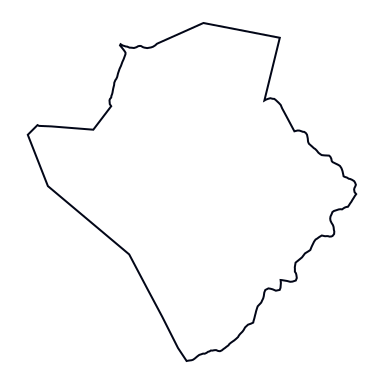 outline of San Juan Bautista Tlacoatzintepec, Oaxaca, Mexico
{"feature_id": "50627088B3977651749466", "entity_name": "San Juan Bautista Tlacoatzintepec", "entity_type": "district", "adm_level": 2, "iso_a3": "MEX", "parent_name": "Mexico", "parent_adm1": "Oaxaca", "projection": "natural_earth1", "projection_center": [-96.578, 17.87], "detail": "fine", "context": "isolated", "style": "outline", "palette": "ink", "viewbox_px": 384, "rotation_deg": 0, "n_neighbors": 0, "source": "geoboundaries", "source_scale": "gbopen_adm2", "svg_char_len": 2866}
<svg xmlns="http://www.w3.org/2000/svg" viewBox="0 0 384 384"><path d="M253.2,322.6L253.6,320.8L254.3,318.5L255.1,315.2L255.6,313.4L256.1,311.2L257.1,308.0L257.7,306.3L261.2,302.6L262.3,300.2L263.2,298.4L263.8,296.1L264.3,292.5L265.3,290.0L268.4,288.4L270.3,288.7L272.6,289.3L275.9,290.7L279.7,289.9L280.5,287.8L280.9,283.0L280.6,280.0L281.8,280.1L287.2,281.0L290.2,281.8L292.5,281.6L295.8,280.5L296.8,278.0L296.4,275.1L296.0,273.4L294.9,271.7L294.9,268.6L294.8,267.2L295.6,262.6L302.0,257.4L305.0,253.4L308.7,251.1L310.3,250.0L311.3,247.5L312.1,245.7L312.8,244.3L314.1,241.6L315.6,239.5L317.0,238.7L319.3,237.0L321.8,235.5L324.9,236.2L327.9,236.1L329.5,236.6L331.2,236.5L332.5,236.0L334.1,234.0L334.3,231.5L333.9,229.9L333.6,227.1L333.0,225.2L331.5,222.8L330.5,220.7L330.2,218.6L330.5,216.5L331.6,214.2L332.4,212.1L333.9,211.0L337.0,210.0L338.8,209.4L340.8,209.2L342.0,209.4L344.5,207.7L346.3,207.0L347.9,206.8L349.3,204.8L350.0,203.6L351.4,201.7L352.4,199.9L353.7,197.9L354.7,196.2L356.2,194.1L354.6,192.2L354.4,191.2L354.1,189.4L354.5,187.9L355.2,186.6L355.9,184.8L355.1,182.7L354.2,181.2L352.2,179.9L350.2,179.0L348.7,178.7L346.8,177.5L345.0,177.0L343.6,176.3L343.2,174.3L342.5,171.1L341.5,168.3L340.0,166.0L338.5,165.0L332.6,162.1L331.7,160.9L331.3,158.7L330.3,156.7L329.1,155.6L324.6,155.4L321.8,155.1L320.6,154.4L318.5,152.8L316.7,150.5L315.2,149.0L313.9,148.2L312.5,146.9L308.9,143.7L308.1,141.8L307.9,140.1L307.8,138.6L307.4,136.6L307.0,134.7L305.9,133.1L304.3,131.9L302.9,131.8L300.7,131.0L299.5,130.6L297.6,130.5L296.0,130.9L294.4,131.3L286.2,115.9L282.2,108.5L281.3,106.4L280.8,105.1L279.1,103.2L275.7,100.0L274.3,98.9L272.7,98.8L270.3,98.2L267.6,99.0L265.8,99.7L264.4,100.5L279.8,37.8L203.4,23.0L158.6,43.0L156.9,43.8L155.3,45.3L153.1,46.7L151.1,47.4L147.2,48.1L144.3,47.6L142.8,47.1L141.2,46.1L140.0,45.9L138.2,46.2L136.5,47.2L134.0,48.0L131.2,47.7L129.7,47.7L127.1,46.6L125.8,46.5L124.1,45.9L122.7,45.5L120.6,44.2L120.0,45.4L121.7,47.4L124.2,50.6L125.5,52.6L125.5,54.1L124.6,56.6L123.6,59.3L122.4,61.9L121.0,65.8L119.6,68.8L118.0,73.5L117.2,76.9L116.3,78.9L115.4,80.1L114.3,82.7L114.1,85.1L113.7,86.6L113.2,88.7L112.8,90.8L112.5,92.6L112.1,94.1L111.4,95.9L111.2,97.5L109.9,99.1L109.5,100.4L109.8,104.1L111.2,106.2L93.3,129.7L51.3,126.4L39.1,125.9L37.5,125.1L27.8,134.8L47.9,186.1L129.2,254.4L147.5,289.1L162.2,316.7L178.0,348.0L186.5,360.8L186.6,361.0L188.6,360.6L191.7,360.2L193.1,359.7L194.7,358.6L196.0,357.5L197.4,356.3L199.3,354.9L201.2,354.3L203.1,353.6L204.7,353.7L206.5,352.9L208.0,351.8L209.5,351.4L210.9,350.5L212.3,350.6L214.3,350.2L216.1,350.1L218.2,351.0L220.0,351.2L221.8,350.4L223.5,349.0L225.1,347.9L226.3,346.9L228.5,345.3L229.2,344.2L230.8,342.8L234.5,340.2L236.5,338.5L238.1,337.0L238.9,335.5L240.1,334.0L242.5,331.6L243.6,330.1L245.1,327.4L248.0,324.7L251.1,323.6L253.2,322.6Z" fill="none" stroke="#020617" stroke-width="2"/></svg>